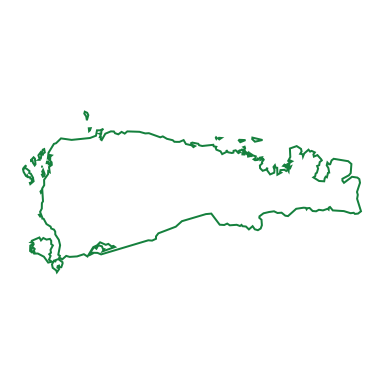 the district of Pulau Taliabu, Maluku Utara, Indonesia
{"feature_id": "22746128B98781354669228", "entity_name": "Pulau Taliabu", "entity_type": "district", "adm_level": 2, "iso_a3": "IDN", "parent_name": "Indonesia", "parent_adm1": "Maluku Utara", "projection": "albers", "projection_center": [124.647, -1.826], "detail": "fine", "context": "isolated", "style": "outline", "palette": "green", "viewbox_px": 384, "rotation_deg": 0, "n_neighbors": 0, "source": "geoboundaries", "source_scale": "gbopen_adm2", "svg_char_len": 5929}
<svg xmlns="http://www.w3.org/2000/svg" viewBox="0 0 384 384"><path d="M103.4,128.8L100.2,130.3L97.0,130.3L96.0,135.7L90.0,138.0L71.6,139.9L61.0,138.4L56.1,143.2L53.9,143.9L48.5,152.8L48.0,157.1L49.9,155.0L51.7,155.4L50.3,156.6L50.1,160.6L51.6,162.3L51.8,164.9L49.0,167.0L49.7,172.1L48.2,171.2L48.1,174.1L44.1,179.8L44.2,185.2L42.2,188.5L43.0,201.3L41.9,203.1L41.8,208.6L40.1,211.9L42.6,218.4L41.4,218.3L43.7,218.9L46.5,224.1L50.6,226.6L51.2,228.5L54.0,229.6L55.2,231.6L55.3,234.5L58.8,239.8L60.1,245.2L58.3,254.7L59.9,255.8L59.3,257.5L62.3,259.3L66.2,255.9L69.6,256.9L77.1,256.4L83.9,254.2L87.5,256.5L93.2,247.2L97.1,245.3L100.1,242.3L105.8,244.8L108.3,243.9L111.5,246.4L113.4,245.9L115.0,247.0L102.7,251.3L104.1,249.1L103.0,249.0L101.9,246.3L99.2,245.5L96.3,246.8L97.1,247.5L96.4,248.7L94.1,247.0L91.0,251.5L91.2,252.7L97.5,252.9L101.1,254.4L148.3,240.3L152.1,240.6L156.0,238.8L156.0,236.4L158.4,233.3L175.8,226.7L181.9,221.2L205.9,214.1L211.3,213.6L219.7,224.7L224.2,225.0L227.2,223.6L229.8,225.3L236.7,224.8L240.0,226.0L241.5,224.9L242.5,226.2L245.9,226.5L248.9,229.4L252.6,226.2L254.8,229.3L257.9,230.2L260.7,228.5L261.9,225.2L261.5,219.8L259.3,217.8L259.5,216.3L263.5,213.3L269.1,212.0L274.0,211.3L277.5,213.0L281.6,212.7L285.3,215.7L288.0,216.1L296.2,208.8L303.6,207.7L305.8,207.9L306.6,209.3L307.3,208.2L309.6,208.0L312.6,211.0L316.1,211.3L318.9,209.8L323.0,210.4L327.6,208.8L328.6,209.6L328.9,207.6L330.0,207.0L332.8,210.4L343.9,211.1L350.6,213.2L353.7,212.8L354.9,213.9L358.0,213.6L361.0,211.3L357.1,198.8L357.8,194.8L357.0,192.0L360.0,182.8L359.3,179.1L357.4,177.6L352.0,176.8L344.0,182.8L342.4,180.7L342.4,178.8L348.9,175.3L350.7,173.1L351.4,164.0L348.2,161.2L333.7,158.8L331.6,160.4L330.2,164.2L329.0,164.3L327.4,162.5L326.7,165.3L328.4,168.1L329.2,172.6L328.0,172.9L326.9,177.3L325.7,176.7L324.7,178.4L324.2,181.3L319.1,181.0L313.4,177.4L315.2,176.2L315.7,173.5L316.9,172.7L318.1,168.5L317.1,166.0L319.2,165.2L319.7,162.1L321.8,160.4L321.2,159.3L317.4,155.1L313.9,156.6L313.4,154.4L314.8,152.4L311.6,150.9L310.1,151.6L308.5,149.7L304.2,153.5L303.0,156.5L302.6,154.2L300.2,153.8L301.6,151.4L301.0,148.9L296.7,146.1L289.9,148.5L290.3,157.0L288.2,160.9L289.1,161.6L289.8,160.3L292.1,161.3L288.7,163.4L289.5,163.4L289.1,165.0L286.6,165.6L284.5,164.6L283.3,165.9L287.2,166.7L286.3,167.6L287.4,168.0L290.9,166.4L290.0,168.5L288.8,168.5L288.6,171.3L287.6,169.6L286.2,171.0L284.4,169.8L280.5,170.1L280.1,171.9L281.2,172.6L277.4,174.7L277.2,167.8L275.7,167.7L274.9,165.2L273.5,167.0L274.5,169.9L274.2,172.7L270.1,174.4L267.0,170.1L267.4,167.7L266.0,169.7L262.7,170.8L260.1,168.2L259.9,165.5L262.2,163.4L261.9,162.2L263.7,159.7L263.2,158.9L261.0,159.7L262.0,157.3L259.7,157.7L258.7,159.5L257.6,158.7L257.1,160.0L255.0,160.2L253.7,159.3L255.5,158.1L255.8,156.4L253.3,155.5L248.1,156.6L247.7,154.3L249.8,154.5L248.7,152.5L247.8,153.6L246.8,152.6L246.1,153.7L244.7,152.4L244.4,154.5L242.4,154.4L242.4,153.3L243.7,153.8L243.5,151.6L241.7,149.7L239.9,150.8L239.2,149.7L239.6,150.9L238.3,151.3L239.7,152.4L238.4,153.1L235.7,150.3L233.6,150.8L233.4,152.6L231.9,153.0L228.1,152.3L226.4,150.1L226.7,151.8L222.2,154.1L220.5,151.3L216.4,149.7L215.7,148.0L216.3,146.8L213.7,146.3L213.3,144.8L202.2,146.0L199.1,145.2L198.3,143.8L192.3,142.6L191.1,143.2L191.6,144.5L195.0,146.1L193.4,147.1L191.6,145.3L185.9,144.0L183.6,140.1L179.4,141.9L174.4,141.8L172.7,140.2L166.9,138.8L162.8,136.4L160.3,137.3L148.9,133.2L145.2,133.4L139.5,131.8L127.3,131.4L124.7,133.6L121.6,131.9L118.3,134.3L115.0,133.2L113.9,131.5L110.8,131.4L105.3,133.7L101.7,140.1L100.7,139.4L100.8,136.9L99.9,137.0L100.9,134.4L99.5,133.7L101.2,133.3L101.5,130.6L103.4,128.8ZM39.4,237.5L31.9,240.7L32.2,241.6L31.0,242.3L33.3,242.9L33.7,244.3L32.4,246.3L32.4,244.3L30.3,245.6L30.1,251.0L31.4,252.0L31.7,248.1L33.5,247.8L34.7,249.0L33.0,252.0L35.2,251.8L33.6,252.7L34.1,253.6L37.8,253.5L43.9,256.7L48.2,262.6L51.8,261.7L49.0,259.7L50.6,255.9L49.2,254.2L51.0,252.7L50.5,249.9L52.9,245.4L51.2,244.1L51.2,240.8L49.9,238.9L46.5,239.6L43.3,238.0L41.0,240.4L39.4,237.5ZM58.3,259.1L55.9,260.0L55.1,262.2L55.0,260.4L54.0,260.6L52.0,264.4L52.7,267.8L56.2,270.4L56.9,272.3L59.1,269.1L57.9,267.4L57.2,268.4L57.7,266.1L59.0,265.6L59.4,267.3L61.3,267.2L62.6,263.5L62.5,262.2L58.3,259.1ZM23.9,168.7L26.3,165.4L25.4,165.9L23.6,167.9L23.0,169.1L23.6,171.9L25.9,175.9L27.0,176.6L27.3,175.7L28.1,177.2L30.0,177.2L30.4,178.6L32.1,179.0L33.0,177.7L30.8,173.7L29.2,173.1L29.5,171.1L26.5,168.7L24.8,168.0L24.4,168.1L24.1,168.7L23.9,168.7ZM262.5,140.0L252.4,137.6L252.2,139.1L254.9,141.7L262.5,140.0ZM84.8,111.7L84.3,113.6L86.2,116.4L86.9,120.3L88.3,115.1L87.2,112.8L84.8,111.7ZM33.6,157.3L32.1,158.9L32.9,162.7L34.7,165.4L35.5,164.3L34.9,158.6L33.6,157.3ZM44.7,174.1L43.1,169.9L42.2,171.7L43.4,173.6L41.9,174.6L42.9,176.7L44.3,175.9L44.7,174.1ZM41.3,155.7L40.4,152.6L38.4,155.3L39.5,158.7L40.8,158.5L41.3,155.7ZM42.8,155.4L43.1,153.6L44.8,152.4L44.2,149.1L42.8,149.7L41.8,152.3L42.8,155.4ZM245.5,140.1L239.3,139.8L238.8,140.4L240.3,142.2L245.5,140.1ZM33.2,179.1L31.9,179.8L31.8,182.3L29.9,182.9L30.3,184.1L33.6,181.3L33.2,179.1ZM90.7,128.2L88.8,128.3L89.1,131.1L89.9,130.4L90.7,128.2ZM88.8,255.4L89.8,255.0L92.7,253.5L90.9,252.9L88.8,255.4ZM41.6,216.5L39.9,214.5L39.0,214.8L40.7,217.3L40.4,216.0L41.6,216.5ZM221.4,138.0L219.0,137.8L218.3,138.6L219.3,139.4L221.4,138.0ZM50.8,163.0L49.5,163.1L48.9,164.5L50.3,164.8L50.8,163.0ZM244.7,150.1L242.2,149.5L245.0,151.1L244.7,150.1ZM50.0,160.0L49.1,157.5L48.5,158.9L50.0,160.0ZM41.5,190.3L40.5,191.5L40.9,192.6L41.8,191.3L41.5,190.3ZM48.2,161.5L47.0,161.6L46.7,163.1L47.9,163.1L48.2,161.5ZM244.6,146.7L243.5,147.1L245.0,148.4L245.1,148.2L244.6,146.7ZM216.3,138.8L216.8,138.0L216.1,137.3L215.8,137.8L216.3,138.8ZM252.6,155.1L251.7,154.5L252.1,155.6L252.6,155.1ZM38.7,159.8L39.6,159.8L39.5,159.3L38.7,159.8ZM31.3,161.9L31.3,160.7L31.0,160.5L31.0,161.1L31.3,161.9ZM42.6,166.9L42.0,166.5L41.3,166.7L42.6,166.9Z" fill="none" stroke="#15803d" stroke-width="2"/></svg>